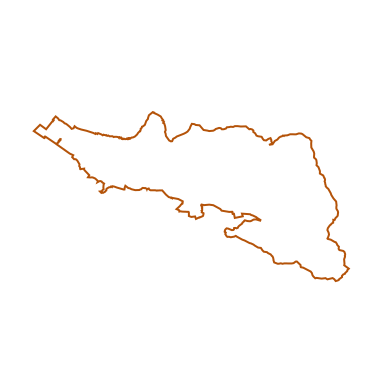 the district of Cracaoani, Neamt, Romania, rotated 185°
{"feature_id": "2599482B97908448489139", "entity_name": "Cracaoani", "entity_type": "district", "adm_level": 2, "iso_a3": "ROU", "parent_name": "Romania", "parent_adm1": "Neamt", "projection": "robinson", "projection_center": [26.231, 47.104], "detail": "fine", "context": "isolated", "style": "outline", "palette": "amber", "viewbox_px": 384, "rotation_deg": 185, "n_neighbors": 0, "source": "geoboundaries", "source_scale": "gbopen_adm2", "svg_char_len": 6041}
<svg xmlns="http://www.w3.org/2000/svg" viewBox="0 0 384 384"><g transform="rotate(185 192 192)"><path d="M88.2,259.7L90.6,259.7L93.4,258.5L99.2,258.1L101.9,256.8L104.9,256.3L105.3,255.8L106.3,256.2L107.3,255.3L108.7,254.8L110.1,253.7L111.5,251.7L113.9,250.1L115.9,246.6L118.5,245.9L118.6,246.1L116.9,247.0L116.5,248.0L117.5,249.6L117.5,250.7L118.5,252.5L120.6,251.5L122.6,249.8L124.9,249.9L126.3,251.3L127.1,252.7L127.7,253.1L131.1,253.3L132.7,253.8L134.2,256.0L136.2,257.2L136.2,258.6L137.4,259.5L139.2,259.9L140.4,259.5L144.0,262.1L149.0,261.5L152.4,261.6L154.9,261.4L156.7,260.4L159.1,260.4L160.6,259.9L162.9,259.5L163.7,258.2L165.8,257.3L167.8,257.1L168.9,258.1L170.6,258.2L173.9,256.8L174.9,255.7L176.3,254.9L180.2,254.2L181.9,254.5L185.9,254.8L190.3,259.1L194.1,259.1L195.5,259.8L198.1,259.9L199.3,256.9L199.8,254.8L201.7,251.8L203.5,250.4L205.3,249.3L212.1,245.9L213.2,244.8L215.4,243.4L216.2,240.9L217.4,240.6L219.2,241.3L222.8,245.5L223.4,247.9L224.2,249.5L223.6,251.3L224.5,255.1L225.5,257.6L226.7,258.3L226.0,259.4L226.5,260.0L227.6,260.6L227.1,261.2L228.4,262.6L229.7,264.5L233.0,266.1L236.8,267.4L237.2,267.6L237.0,267.9L238.0,268.2L241.6,264.7L242.3,261.7L242.2,261.1L243.8,258.7L244.8,254.8L246.6,253.1L247.5,252.7L247.5,252.2L248.0,251.0L248.6,250.6L248.5,249.4L249.0,248.7L248.9,248.0L249.1,247.8L249.5,247.8L250.9,246.1L251.7,244.5L253.8,242.2L255.8,241.1L256.6,241.1L257.9,240.3L258.4,240.3L258.3,239.7L259.9,239.1L260.2,239.2L259.9,240.0L260.0,240.2L260.4,240.1L260.9,239.1L261.6,239.4L261.7,239.1L263.3,238.8L263.8,239.1L264.9,238.8L265.3,239.1L265.6,238.6L266.3,238.7L266.2,238.9L266.5,239.1L267.4,240.1L268.0,239.7L269.0,240.4L269.5,240.3L269.6,239.7L270.0,240.1L271.6,240.4L273.7,240.3L274.8,239.9L276.0,240.6L278.9,240.3L280.4,241.0L281.4,240.5L282.4,241.2L282.9,240.9L283.7,241.2L284.5,241.1L285.0,241.4L285.9,240.7L287.1,241.4L290.7,242.5L291.3,241.5L292.9,242.2L293.3,241.4L295.4,242.2L302.4,243.8L307.8,244.6L311.2,245.4L312.6,245.9L314.7,247.3L315.5,245.2L317.4,244.4L319.2,246.1L322.5,248.4L323.8,249.1L324.9,249.3L326.3,250.5L329.2,251.9L330.5,252.0L331.8,253.6L334.4,255.4L336.8,252.1L336.0,251.5L336.8,250.2L337.2,250.3L342.8,241.8L349.2,245.7L354.9,238.9L343.9,232.8L343.5,233.1L343.5,234.3L343.3,234.5L342.9,234.4L331.2,227.9L328.6,231.5L329.0,231.7L327.9,233.3L327.5,233.2L327.8,232.5L327.6,232.3L331.0,227.7L317.1,219.6L313.5,218.3L314.4,216.3L312.3,214.4L310.6,214.5L309.1,213.4L306.5,209.8L306.6,208.0L305.8,207.0L305.4,205.8L305.5,205.3L305.2,205.0L301.5,205.9L301.5,205.0L300.7,204.1L295.8,199.8L296.9,197.6L294.5,197.6L292.8,197.9L291.6,197.7L289.6,197.0L287.0,195.0L286.8,194.2L287.0,193.5L285.2,194.7L284.3,194.9L283.0,194.6L282.3,193.8L280.3,192.7L280.9,191.2L280.7,191.4L280.7,188.8L280.3,187.0L281.2,186.3L282.0,184.9L283.7,184.5L282.2,183.2L281.2,183.8L280.6,183.4L278.5,184.8L278.0,185.8L277.5,186.1L277.5,187.5L276.9,188.2L275.0,189.5L273.7,189.7L273.1,190.5L272.1,189.9L271.6,190.8L269.8,190.6L267.3,189.9L260.2,188.5L259.5,188.6L259.4,190.6L258.9,192.4L255.8,190.4L254.1,190.2L252.6,189.5L248.7,188.9L244.6,189.4L243.8,190.0L243.0,190.2L242.0,191.4L241.4,191.8L239.6,191.7L239.1,191.9L237.4,191.3L237.2,190.9L237.1,191.3L236.2,191.2L235.4,191.7L235.0,191.1L234.1,190.3L233.4,190.1L228.8,190.5L227.1,190.3L226.9,190.5L221.8,191.0L217.7,187.1L214.7,184.9L212.7,184.6L212.3,184.2L211.8,184.6L211.1,184.0L210.9,184.4L205.0,183.8L200.4,181.9L200.4,180.5L200.9,179.9L200.6,179.5L202.0,178.3L202.7,177.1L205.9,173.6L203.2,172.7L202.9,171.4L201.6,171.8L200.3,171.6L193.7,171.9L193.3,171.1L193.0,167.8L190.5,167.1L186.8,167.9L185.7,165.5L182.5,167.4L182.3,167.2L179.2,168.9L178.9,169.3L178.6,171.2L178.7,171.9L180.5,172.6L180.4,173.5L180.8,174.2L180.3,174.6L180.4,176.2L180.6,176.4L180.5,176.7L180.6,177.1L180.5,177.4L180.6,177.6L180.5,178.0L181.1,178.3L181.0,179.0L181.8,179.7L181.7,180.2L182.2,180.4L178.7,180.0L173.7,180.9L169.6,180.7L162.3,177.5L160.9,176.0L153.2,175.4L150.1,175.8L149.8,175.4L150.1,174.8L149.6,174.3L149.5,173.7L148.3,173.9L147.1,169.9L139.3,172.2L140.3,174.8L132.1,174.9L131.0,174.2L129.6,174.0L125.7,172.5L124.8,171.8L121.4,170.1L121.6,169.4L125.9,170.3L128.3,169.9L130.4,168.4L131.6,167.9L134.3,167.9L136.9,168.4L137.7,167.5L137.7,167.2L139.1,165.9L139.2,165.0L142.1,162.4L142.9,161.4L143.2,160.4L144.4,159.7L145.7,160.0L146.9,159.8L147.0,158.3L147.7,157.7L149.0,157.5L152.8,158.7L154.4,158.8L155.6,157.4L156.0,155.8L155.6,155.4L155.8,155.0L155.6,154.8L154.8,154.4L155.2,153.0L153.7,151.0L152.9,150.4L151.1,150.6L149.4,150.3L145.8,151.3L144.7,152.1L144.3,152.0L143.6,151.5L137.7,148.9L135.4,148.3L130.1,146.1L129.0,146.0L126.2,145.0L124.8,144.1L121.3,142.4L118.5,142.3L116.9,140.2L115.3,138.8L112.1,138.6L110.9,137.7L108.2,136.7L106.8,135.2L106.3,135.0L105.5,133.7L104.9,131.7L104.9,131.2L104.0,129.0L100.4,128.0L99.3,128.1L97.3,128.7L95.6,128.4L93.9,128.9L86.4,129.5L84.6,130.0L82.7,131.7L81.5,131.9L77.5,128.7L77.3,127.2L77.0,126.6L74.6,126.3L66.8,123.1L65.5,121.7L64.7,119.6L63.7,118.4L61.7,116.8L60.4,117.3L55.3,117.0L51.5,117.8L49.5,116.8L44.4,118.5L42.6,117.5L41.1,115.8L39.0,116.6L38.0,117.3L37.8,118.0L35.1,120.3L35.3,121.5L34.2,123.0L32.4,124.0L32.4,124.6L30.5,126.7L30.5,127.6L29.1,129.3L34.0,132.3L33.8,133.5L34.6,138.3L33.9,140.9L34.2,141.7L34.0,142.3L34.0,143.5L35.0,145.7L36.3,146.5L40.1,147.0L41.0,148.2L40.9,150.3L42.6,151.8L43.2,153.0L44.4,154.5L45.6,154.7L49.6,156.6L52.7,157.1L53.0,157.4L52.3,159.4L51.8,161.6L52.4,163.5L53.8,165.9L53.5,167.8L51.8,170.8L50.7,171.8L50.2,172.7L48.7,173.7L48.8,175.1L48.5,176.1L48.7,176.6L47.5,176.6L46.8,178.5L45.2,180.4L44.8,181.1L44.7,184.5L45.1,185.7L46.7,187.9L46.9,189.6L46.8,191.3L47.6,195.1L50.5,197.9L52.9,201.1L53.7,202.9L56.5,207.0L58.2,208.2L59.3,209.4L59.4,210.4L59.8,211.1L60.3,213.2L60.8,214.1L60.5,215.6L61.0,217.2L61.4,217.4L62.7,219.9L66.2,221.5L66.4,224.0L68.2,227.8L70.3,229.5L70.2,231.6L70.9,234.6L71.6,235.6L73.3,236.8L73.5,237.3L73.6,241.0L74.3,242.9L77.0,246.7L77.5,250.8L77.5,253.4L78.7,254.4L79.8,255.9L82.9,256.5L87.0,259.3L88.2,259.7Z" fill="none" stroke="#b45309" stroke-width="2"/></g></svg>